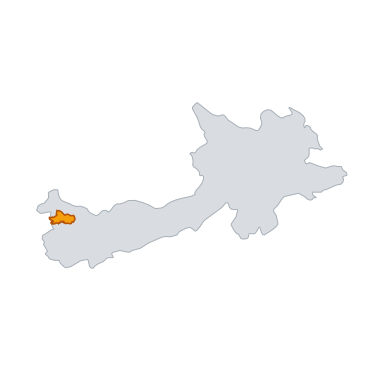 location of Pathoomphone, Champasak, Laos, rotated 107°
{"feature_id": "54806243B32788033784925", "entity_name": "Pathoomphone", "entity_type": "district", "adm_level": 2, "iso_a3": "LAO", "parent_name": "Laos", "parent_adm1": "Champasak", "projection": "robinson", "projection_center": [106.187, 14.724], "detail": "fine", "context": "in_parent", "style": "filled", "palette": "amber", "viewbox_px": 384, "rotation_deg": 107, "n_neighbors": 0, "source": "geoboundaries", "source_scale": "gbopen_adm2", "svg_char_len": 7058}
<svg xmlns="http://www.w3.org/2000/svg" viewBox="0 0 384 384"><g transform="rotate(107 192 192)"><path d="M141.4,52.6L143.0,55.8L150.4,64.4L151.7,66.7L154.4,68.5L156.7,76.1L157.7,76.6L158.9,76.1L159.9,75.0L160.7,72.1L161.2,71.7L162.0,74.2L164.1,74.9L165.0,76.0L165.3,77.8L165.0,79.7L163.2,84.0L162.1,89.8L169.3,102.3L172.4,104.0L179.7,106.1L184.7,108.8L187.0,108.2L189.2,105.1L191.8,103.4L196.8,100.7L198.2,100.5L200.9,101.6L205.4,104.7L212.1,110.5L211.9,112.1L210.7,113.6L207.0,115.9L205.9,117.4L206.6,117.9L209.6,118.3L213.1,119.6L214.2,121.2L214.8,124.6L215.4,125.3L218.7,124.9L219.8,125.4L220.9,126.5L222.1,129.4L222.1,131.5L218.8,135.3L218.4,137.6L216.7,140.3L212.2,144.9L211.0,145.1L202.7,142.6L196.1,143.0L195.5,143.9L196.6,146.7L196.9,149.4L195.9,151.5L192.1,154.2L191.9,155.4L192.7,156.6L198.2,159.0L215.8,172.1L223.9,174.6L227.4,176.3L228.3,177.2L228.3,178.3L227.4,179.8L226.6,182.4L226.6,183.9L227.4,185.4L228.8,187.6L233.7,192.6L237.4,193.8L241.2,199.5L242.3,204.5L244.1,207.7L253.3,218.5L261.0,225.1L265.5,232.3L267.7,233.9L268.4,236.5L269.0,244.0L271.7,247.8L272.2,249.3L273.4,250.4L274.7,250.7L277.4,248.2L277.9,248.6L279.1,252.5L280.2,254.0L284.3,256.4L288.6,261.2L290.9,263.0L293.8,264.3L294.2,265.9L293.7,267.4L292.8,268.4L287.8,271.2L287.1,272.4L290.4,278.5L298.8,286.1L301.4,290.7L300.8,292.9L298.5,297.3L296.8,298.5L296.4,299.9L297.6,303.5L297.5,309.0L295.9,310.4L294.5,313.8L293.4,314.1L290.9,312.8L285.5,318.7L283.2,318.4L280.5,321.7L277.1,322.1L274.7,319.7L269.6,315.7L267.8,313.3L266.2,315.4L263.5,317.4L259.7,316.7L258.7,319.6L257.9,320.2L253.3,320.7L252.5,321.1L253.2,323.8L255.9,328.4L256.7,331.0L255.0,335.2L250.3,335.1L248.2,333.4L245.5,329.8L239.4,327.4L235.3,329.0L234.1,328.9L231.0,325.9L229.9,323.9L229.2,321.0L233.9,318.7L236.2,316.8L237.8,314.9L238.4,312.9L239.2,304.4L239.8,301.4L239.5,297.8L238.2,294.9L238.2,290.6L238.9,287.1L240.7,285.4L241.9,282.9L242.6,277.3L242.1,275.8L240.3,274.4L237.4,273.1L235.6,271.5L234.8,269.5L234.9,267.7L235.8,266.2L233.6,264.5L228.3,262.7L225.3,260.4L224.7,257.8L222.5,254.4L218.7,250.2L216.7,244.1L216.5,236.2L217.0,229.8L218.6,222.3L216.4,216.9L214.0,214.1L210.6,212.0L207.4,209.0L204.3,205.1L200.7,199.3L196.4,191.7L193.5,188.3L192.0,189.1L189.0,188.4L184.2,186.2L180.1,185.0L176.6,184.8L174.3,185.3L173.2,186.5L173.2,187.6L174.0,188.8L173.6,189.7L171.7,190.3L170.2,191.5L168.5,194.3L167.4,198.0L165.6,199.4L162.9,199.7L160.3,200.8L157.6,202.6L156.4,203.9L156.5,204.8L156.0,205.0L154.7,204.5L154.1,203.3L154.2,201.4L152.9,200.1L150.1,199.5L147.0,197.4L141.1,192.1L139.8,191.9L137.8,193.3L135.3,196.2L133.2,197.4L131.5,196.8L130.3,197.8L129.3,200.5L127.7,202.7L119.7,208.4L112.5,215.7L110.7,216.3L106.3,214.3L105.0,212.9L111.0,197.8L111.9,194.2L111.8,189.4L109.3,185.4L109.2,184.2L109.6,183.0L112.7,178.3L116.3,166.3L116.1,162.6L114.6,158.5L113.8,154.6L114.5,149.3L114.2,147.2L112.6,146.2L107.1,145.1L104.0,146.0L102.5,147.4L100.6,148.3L97.2,148.8L94.0,147.1L91.3,144.0L90.7,140.3L94.1,132.3L95.0,129.2L94.9,127.7L94.3,126.2L93.5,126.0L91.8,124.1L90.1,120.8L88.5,119.2L87.0,119.5L85.6,120.8L83.3,123.9L82.6,123.5L84.7,112.4L86.7,107.7L88.9,105.5L91.3,104.6L93.8,105.0L95.8,104.6L97.5,103.4L97.4,102.8L95.4,102.6L94.6,101.3L95.0,99.0L95.9,97.4L97.3,96.7L98.6,94.4L100.0,90.3L101.5,88.3L103.3,88.2L106.5,86.5L110.9,83.1L112.6,79.8L114.3,81.3L113.7,85.1L114.5,85.9L114.9,87.3L114.7,89.4L115.0,91.2L115.7,92.1L116.7,92.6L121.4,91.0L124.2,90.9L128.9,93.7L131.7,91.6L131.7,90.8L129.5,88.2L130.2,78.5L130.0,71.1L126.2,65.7L125.4,63.5L125.0,59.9L124.0,56.8L126.7,54.4L128.3,49.9L130.2,48.8L130.8,48.9L133.2,52.3L136.2,50.6L138.4,50.6L140.4,51.5L141.4,52.6Z" fill="#d9dde1" stroke="#a8b0b8" stroke-width="1"/><path d="M249.2,298.3L249.3,298.4L249.3,298.6L249.3,298.9L249.5,299.3L249.9,300.3L250.0,300.8L250.1,301.2L250.1,301.4L250.0,301.9L250.0,302.1L249.9,302.3L249.8,302.9L249.7,303.1L249.6,303.5L249.6,304.1L249.6,304.6L249.7,304.8L249.8,305.1L250.0,305.5L250.3,305.7L250.5,305.8L250.9,306.1L251.0,306.5L251.2,307.0L251.3,307.2L251.2,307.3L250.9,307.7L250.9,307.9L250.6,308.5L250.2,309.2L250.1,309.3L249.8,309.7L249.6,310.0L249.5,310.3L249.2,310.9L249.1,311.4L249.0,311.8L248.7,313.0L248.8,313.0L249.0,314.4L249.0,314.6L249.1,315.0L249.1,315.7L249.5,315.6L249.9,315.5L250.0,315.6L250.4,315.5L250.5,315.6L250.8,315.5L251.1,315.5L251.3,315.5L251.5,315.5L252.3,315.4L252.6,315.4L253.0,315.1L253.2,314.8L253.3,314.6L253.5,314.5L253.8,314.5L254.0,314.6L254.2,314.8L254.4,314.9L254.5,315.0L254.8,315.4L255.2,315.8L255.5,315.9L255.9,316.3L256.6,316.5L256.9,317.0L257.0,317.3L256.9,317.7L256.8,318.0L256.7,318.1L256.7,318.3L256.8,318.4L257.2,318.6L257.4,318.8L257.6,319.0L257.6,319.3L257.7,319.5L257.8,319.8L257.8,320.1L257.9,320.3L257.9,320.5L258.0,320.6L258.0,320.9L258.5,320.9L258.9,320.4L259.0,320.2L259.3,320.4L259.5,320.3L259.7,320.1L259.7,319.9L259.8,319.6L260.0,319.2L260.0,318.9L260.0,318.7L260.0,318.4L260.2,318.2L260.3,318.0L260.4,317.9L260.4,317.7L260.2,317.5L260.2,317.3L260.1,317.2L260.3,316.9L260.4,316.4L260.5,316.3L260.7,316.5L260.8,316.6L260.8,316.8L260.9,316.7L261.0,316.6L261.2,316.9L261.3,316.9L261.5,316.8L261.6,317.0L261.7,317.3L261.8,317.5L262.0,317.5L262.2,317.8L262.3,317.9L262.6,317.8L262.8,317.9L262.9,317.7L262.6,317.5L262.4,317.4L262.4,317.2L262.5,317.2L262.9,317.0L263.1,317.0L263.4,316.9L263.5,316.8L263.5,316.7L263.4,316.4L263.2,316.3L262.9,316.5L262.7,316.5L262.7,316.4L262.7,316.1L262.7,315.9L262.7,315.7L262.8,315.6L263.0,315.7L263.1,315.8L263.3,315.7L263.3,315.4L263.2,315.2L263.0,315.3L262.9,315.3L262.9,315.2L262.7,315.0L262.6,314.8L262.6,314.7L262.4,314.5L262.4,314.3L262.4,314.1L262.5,314.0L262.5,313.9L262.4,313.9L262.3,314.0L262.3,313.9L262.2,313.7L261.7,313.3L261.6,313.0L261.5,312.9L261.4,312.7L261.2,312.7L261.1,312.2L261.1,311.9L261.1,311.6L261.0,311.4L261.2,311.2L261.1,310.9L261.1,310.7L260.9,310.6L261.0,310.5L260.9,310.5L260.9,310.4L260.7,310.4L260.7,310.2L260.4,310.0L260.4,309.9L260.5,309.8L260.5,309.7L260.6,309.4L260.4,309.3L260.2,309.4L260.2,309.5L259.9,309.5L259.9,309.4L259.7,309.3L259.6,309.2L259.4,309.0L259.2,309.0L259.0,308.9L259.0,308.7L258.9,308.5L258.8,308.4L258.8,308.2L258.7,308.3L258.7,308.2L258.6,307.9L258.7,308.0L258.7,307.9L258.4,307.9L258.4,308.0L258.2,307.9L258.3,307.8L258.3,307.7L258.2,307.5L258.2,307.4L258.2,307.2L258.1,306.9L258.1,306.7L258.3,306.6L258.2,306.5L258.3,306.5L258.5,306.4L258.6,306.2L258.4,306.2L258.4,305.9L258.2,305.9L258.3,305.8L258.4,305.7L258.5,305.6L258.4,305.6L258.4,305.4L258.4,305.2L258.4,304.9L258.5,304.8L258.5,304.7L258.7,304.3L258.8,304.3L258.8,304.2L258.9,303.8L259.0,303.8L259.0,303.7L259.1,303.4L259.0,303.2L258.6,302.7L258.4,302.2L258.3,301.7L258.1,300.7L258.1,300.4L258.0,299.7L258.0,299.2L257.8,298.8L257.6,298.6L257.4,298.3L257.1,298.2L256.9,298.1L256.3,298.1L255.9,298.0L255.5,298.0L255.4,297.9L255.4,297.6L255.4,296.5L255.1,296.5L254.7,296.5L254.3,296.5L252.9,296.0L252.8,295.9L252.6,295.9L252.1,296.0L251.9,296.0L251.0,296.6L250.7,296.8L250.4,297.1L250.1,297.3L249.8,297.5L249.7,297.6L249.6,297.8L249.4,298.2L249.2,298.3Z" fill="#f59e0b" stroke="#b45309" stroke-width="1.5"/></g></svg>